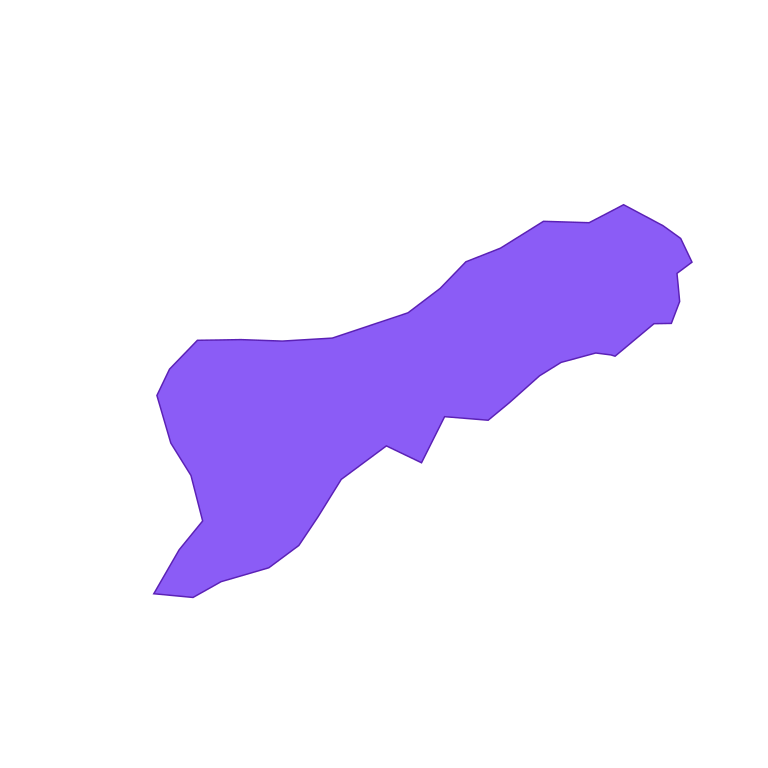 Seo-gu, Daejeon, South Korea, rotated 44°
{"feature_id": "91817680B57044302860475", "entity_name": "Seo-gu", "entity_type": "district", "adm_level": 2, "iso_a3": "KOR", "parent_name": "South Korea", "parent_adm1": "Daejeon", "projection": "orthographic", "projection_center": [127.358, 36.275], "detail": "fine", "context": "isolated", "style": "filled", "palette": "violet", "viewbox_px": 768, "rotation_deg": 44, "n_neighbors": 0, "source": "geoboundaries", "source_scale": "gbopen_adm2", "svg_char_len": 706}
<svg xmlns="http://www.w3.org/2000/svg" viewBox="0 0 768 768"><g transform="rotate(44 384 384)"><path d="M530.9,203.5L536.3,153.1L548.6,140.8L539.4,119.3L526.5,108.2L517.9,100.9L520.9,82.4L496.3,73.2L474.8,76.3L431.8,88.6L419.5,125.5L385.7,156.2L373.4,205.4L358.0,239.2L358.0,276.1L351.8,316.1L314.9,386.9L281.0,423.8L250.2,451.5L234.8,466.9L219.4,482.2L219.4,516.1L219.4,522.3L228.6,550.0L271.7,574.6L308.7,583.9L348.7,608.5L351.8,645.5L364.1,694.8L394.9,670.2L404.1,639.4L428.8,596.2L434.9,559.3L428.8,525.4L419.5,482.3L428.7,426.9L465.7,414.6L450.3,365.4L484.1,337.7L487.2,310.0L490.2,270.0L496.4,245.4L514.8,214.6L527.1,205.4L530.9,203.5Z" fill="#8b5cf6" stroke="#5b21b6" stroke-width="1.5"/></g></svg>